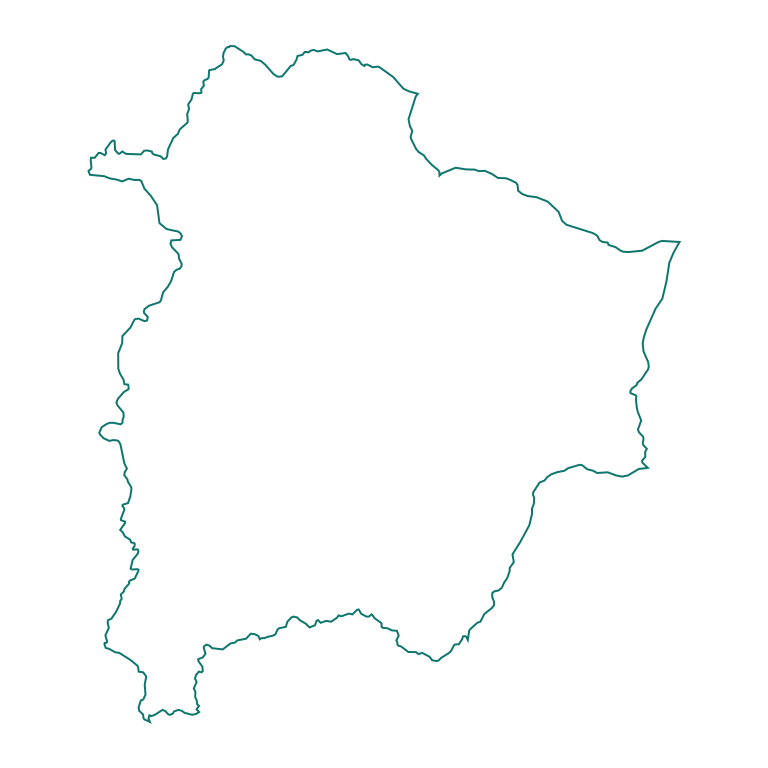 outline of Santa Helena Del Opón, Santander, Colombia
{"feature_id": "7082276B2871746800234", "entity_name": "Santa Helena Del Opón", "entity_type": "district", "adm_level": 2, "iso_a3": "COL", "parent_name": "Colombia", "parent_adm1": "Santander", "projection": "mercator", "projection_center": [-73.601, 6.405], "detail": "fine", "context": "isolated", "style": "outline", "palette": "teal", "viewbox_px": 768, "rotation_deg": 0, "n_neighbors": 0, "source": "geoboundaries", "source_scale": "gbopen_adm2", "svg_char_len": 6053}
<svg xmlns="http://www.w3.org/2000/svg" viewBox="0 0 768 768"><path d="M679.5,242.0L662.0,240.9L658.5,242.0L642.2,250.7L628.8,252.0L623.6,251.8L621.2,251.0L615.6,247.2L608.5,244.9L608.0,243.0L607.1,242.5L602.4,241.9L599.5,240.1L597.5,236.2L596.0,234.8L592.3,232.9L566.5,224.8L562.1,220.8L558.6,211.9L547.7,201.6L536.6,197.2L527.9,196.1L522.4,194.1L518.2,190.8L517.5,184.9L515.9,182.7L509.2,179.4L505.5,178.2L498.0,178.0L492.0,174.0L484.8,170.8L479.1,171.2L474.6,169.6L466.0,169.4L455.7,167.7L441.9,173.4L439.5,175.6L439.4,171.9L438.0,170.0L432.2,165.2L426.0,158.7L424.1,155.5L418.6,152.0L415.9,148.6L410.9,138.5L410.7,136.6L412.3,130.8L410.0,126.4L408.5,119.3L415.7,96.6L417.8,93.8L408.9,91.3L403.4,88.7L393.2,77.0L379.3,67.1L377.5,66.6L372.8,67.3L367.3,64.5L365.1,64.7L364.4,65.9L361.6,64.4L358.5,60.2L353.0,59.1L351.3,59.8L349.5,59.5L348.3,56.5L345.6,53.0L337.1,54.1L327.2,49.5L317.7,51.4L313.6,49.9L310.4,50.8L308.8,52.3L304.8,51.9L302.5,54.8L297.5,56.0L296.5,59.7L293.5,65.0L290.8,65.9L282.3,76.2L279.3,76.8L277.1,76.4L273.5,74.1L265.5,64.9L260.8,60.9L254.7,59.3L251.3,55.4L248.1,54.2L246.0,54.5L243.4,51.8L234.3,46.1L229.6,46.1L229.0,47.1L227.6,47.0L225.6,48.8L223.5,53.2L223.0,56.7L223.7,60.6L222.0,64.3L214.7,69.1L209.5,70.1L209.0,70.8L208.7,77.3L207.5,79.0L204.5,80.2L203.3,81.6L203.9,85.7L201.2,89.0L201.4,92.7L199.3,93.3L193.9,92.9L192.9,93.8L191.5,99.4L188.2,104.4L189.0,109.3L187.2,114.0L187.8,121.1L187.3,122.8L179.8,129.3L177.9,133.9L173.3,138.0L168.0,149.4L167.1,156.4L165.9,158.5L163.2,158.9L160.5,156.2L154.2,154.6L152.6,153.7L151.8,151.6L147.7,150.5L144.2,150.7L140.9,154.4L126.1,153.9L122.3,151.5L119.4,153.8L118.4,153.7L115.1,150.2L114.6,141.2L113.9,140.5L112.3,140.9L110.1,143.1L105.5,149.6L106.1,153.3L104.8,155.2L100.6,153.0L98.6,152.9L94.7,157.8L91.1,157.7L90.7,159.9L91.4,167.2L91.2,168.6L88.5,170.9L89.9,174.8L104.2,176.2L109.7,178.4L117.2,179.7L122.2,181.4L128.7,178.7L134.6,180.0L139.3,179.9L141.3,181.0L144.4,188.6L150.8,195.8L157.1,205.3L159.5,223.2L166.7,229.1L178.4,231.6L180.9,233.9L182.0,236.2L180.4,239.9L171.3,240.4L170.5,243.9L172.0,247.3L178.5,254.0L179.2,259.0L181.7,263.8L181.3,266.7L179.8,268.6L176.4,269.9L174.0,272.0L171.1,281.1L167.8,286.8L163.1,292.3L161.0,300.1L159.7,302.2L149.0,305.7L144.5,309.2L143.8,311.8L144.2,313.1L147.8,317.0L147.1,320.4L144.6,321.2L138.6,318.6L135.5,319.0L134.4,319.8L130.4,327.6L122.4,336.0L122.2,343.1L118.2,353.1L118.3,368.8L119.9,373.5L123.5,379.7L124.4,384.2L128.1,384.6L128.6,387.3L128.6,389.1L123.8,392.1L117.9,398.8L116.4,402.7L117.6,405.6L123.4,412.4L123.7,417.0L122.7,419.0L122.4,423.0L120.6,424.3L113.4,422.8L109.8,422.8L106.6,424.0L101.7,427.2L99.3,432.7L99.9,434.4L103.5,438.2L109.4,440.9L113.2,440.1L117.0,440.4L118.6,441.2L120.4,444.3L124.3,463.2L126.9,468.7L124.7,472.2L124.3,475.2L127.3,479.2L128.0,481.9L131.2,487.0L131.4,489.2L130.3,496.5L128.0,503.1L122.7,504.7L122.4,505.8L124.3,508.5L124.1,510.4L120.8,519.0L121.1,520.2L125.0,521.6L124.9,523.3L120.2,529.9L122.8,532.4L124.9,536.4L130.0,539.6L131.2,542.5L133.9,542.9L134.7,543.8L134.6,545.9L132.8,548.6L133.3,549.7L137.1,549.3L138.1,549.9L138.4,551.6L137.9,553.5L132.7,559.9L130.6,568.8L132.1,569.5L137.3,569.2L138.5,569.7L138.3,571.1L134.7,578.6L130.1,580.5L128.9,581.9L129.3,583.4L124.6,588.7L123.7,591.7L120.8,594.5L121.7,598.9L120.2,600.9L120.1,603.3L116.3,611.5L111.4,618.7L108.1,620.2L107.6,622.1L108.8,627.9L105.4,635.3L107.2,641.9L106.4,642.8L104.7,642.9L104.4,644.0L105.7,647.9L109.2,648.9L115.1,652.2L119.4,652.9L130.2,659.8L137.2,665.5L138.1,667.1L138.7,671.7L143.2,672.3L145.7,675.8L146.2,676.8L144.7,684.7L145.5,694.6L143.3,699.4L140.9,700.4L138.6,707.4L139.2,710.8L143.1,714.5L143.4,717.8L144.3,719.4L149.9,721.9L148.5,718.7L149.4,715.3L151.1,716.1L154.4,715.1L162.5,709.9L165.3,711.1L168.5,714.5L169.8,714.8L172.6,713.8L174.0,711.5L178.3,709.9L181.6,710.7L184.7,712.9L192.3,714.8L196.2,713.9L199.2,712.0L196.6,709.4L199.0,705.8L197.2,704.4L196.7,700.3L195.2,697.2L195.4,691.6L193.8,688.4L196.6,682.0L195.0,678.6L196.0,675.0L198.9,671.6L201.6,672.3L202.8,671.1L202.4,666.6L198.4,661.1L198.2,659.2L202.8,657.4L205.5,653.7L203.7,647.8L204.0,646.4L206.4,644.6L209.4,645.6L212.2,648.2L222.7,649.4L230.7,643.3L234.7,642.7L237.4,640.4L246.0,638.7L250.8,633.7L254.7,634.2L258.5,636.1L259.8,639.3L261.3,638.2L265.0,638.1L266.6,637.1L273.1,635.6L275.4,634.3L277.4,629.7L279.0,628.3L285.8,626.8L287.4,621.7L291.4,617.4L293.4,616.6L297.1,617.4L299.9,620.2L305.8,623.7L309.5,627.4L314.9,625.3L316.6,620.8L318.1,620.1L320.6,622.8L326.2,620.9L331.1,621.7L336.8,617.9L338.7,615.4L341.4,616.3L348.8,613.6L352.4,614.4L357.1,609.8L358.7,609.5L361.3,613.9L366.6,616.6L368.9,616.6L371.5,614.4L372.4,615.0L374.6,618.2L381.5,623.2L381.6,626.8L383.0,627.9L387.6,628.3L391.9,630.4L396.9,630.8L398.7,635.8L396.3,640.3L397.4,642.6L397.5,644.9L398.5,645.7L401.2,646.5L408.3,652.0L416.0,652.1L418.2,654.0L422.2,652.9L429.6,656.8L432.2,660.3L436.6,661.0L438.6,660.5L441.1,657.9L449.4,652.7L451.1,650.9L454.0,645.3L455.2,644.4L458.8,644.3L462.1,639.2L463.1,636.3L465.3,636.2L466.4,637.0L467.8,639.9L469.1,631.0L470.2,629.2L477.3,622.8L480.4,621.7L484.3,614.0L491.7,608.2L494.0,605.3L494.1,602.0L492.3,597.4L492.2,593.2L494.0,591.5L498.6,590.4L501.7,587.9L504.3,582.3L507.2,578.2L509.6,571.3L509.7,567.9L513.8,562.1L512.5,554.3L520.3,541.9L529.3,525.3L532.0,513.9L532.0,508.7L533.9,503.6L534.2,497.9L533.0,494.8L533.2,492.3L539.6,482.5L544.5,480.5L547.5,476.9L551.2,474.4L556.7,472.3L564.5,470.7L568.1,468.2L579.6,464.8L582.0,465.1L587.3,469.3L592.8,470.6L597.2,473.0L607.7,472.3L615.9,475.4L621.9,476.6L627.9,475.5L638.7,469.0L647.8,467.9L642.3,462.5L642.1,460.7L645.3,456.9L645.2,451.9L646.8,448.8L643.4,445.1L642.8,443.0L643.5,438.9L643.1,436.7L639.1,432.4L637.9,429.7L641.2,420.4L637.7,411.7L636.7,406.9L635.9,399.1L636.4,396.9L635.9,395.4L630.5,393.1L630.3,391.4L631.9,388.5L636.6,385.1L637.4,382.7L641.3,379.5L648.1,369.3L648.8,366.8L648.2,362.1L643.5,351.4L642.7,343.4L643.8,337.4L646.3,329.6L655.6,308.6L662.3,298.8L666.5,281.2L669.3,262.8L673.5,252.8L679.5,242.0Z" fill="none" stroke="#0f766e" stroke-width="2"/></svg>